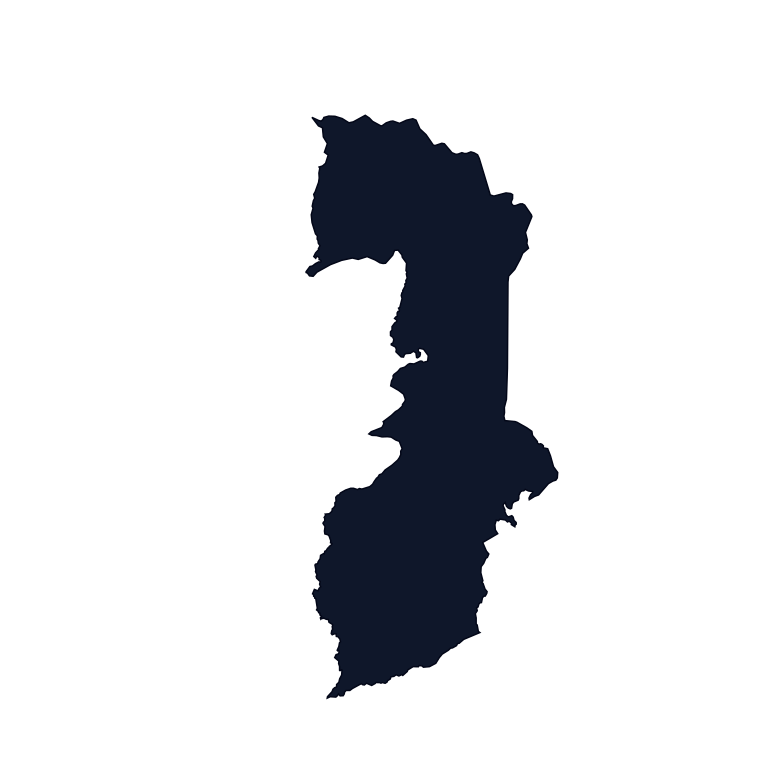 Motanasela, Berea, Lesotho, rotated 238°
{"feature_id": "5366337B76858512274815", "entity_name": "Motanasela", "entity_type": "district", "adm_level": 2, "iso_a3": "LSO", "parent_name": "Lesotho", "parent_adm1": "Berea", "projection": "mercator", "projection_center": [27.805, -29.252], "detail": "fine", "context": "isolated", "style": "filled", "palette": "ink", "viewbox_px": 768, "rotation_deg": 238, "n_neighbors": 0, "source": "geoboundaries", "source_scale": "gbopen_adm2", "svg_char_len": 6171}
<svg xmlns="http://www.w3.org/2000/svg" viewBox="0 0 768 768"><g transform="rotate(238 384 384)"><path d="M466.6,588.2L469.3,587.7L471.1,588.5L473.0,591.2L476.4,593.4L478.4,592.4L481.4,588.7L485.1,576.8L488.0,574.3L524.7,584.3L528.8,584.8L532.3,582.9L534.8,580.7L535.6,576.5L536.7,574.5L538.9,572.6L539.7,568.7L540.7,566.7L544.1,564.2L555.7,562.5L557.5,560.6L559.1,553.9L560.3,552.4L573.1,551.8L581.4,549.6L590.8,551.0L593.7,549.0L595.8,542.9L596.8,535.3L602.3,530.9L603.3,528.7L604.3,524.3L604.0,519.2L604.6,518.1L612.7,513.5L617.4,512.5L621.8,510.5L622.6,496.8L624.1,492.7L631.3,489.2L637.0,484.3L640.5,479.1L641.9,474.3L640.7,472.5L640.2,470.1L642.0,468.3L648.3,464.2L637.6,465.2L633.9,467.6L625.7,463.5L617.9,463.4L612.1,456.3L607.7,458.0L602.1,451.4L601.5,447.3L602.4,443.9L600.9,443.8L597.4,440.6L593.0,438.2L589.7,435.4L583.4,427.4L582.1,424.9L578.3,423.7L576.9,421.3L572.8,417.3L570.7,417.0L566.1,412.0L559.0,408.5L547.6,405.5L545.0,406.0L542.3,404.1L540.7,404.1L538.2,402.9L535.2,403.0L533.5,400.1L532.7,400.1L531.4,395.4L529.3,392.0L526.8,392.7L528.1,394.7L526.2,395.8L525.3,395.9L523.9,394.9L522.5,395.9L521.5,395.8L521.0,394.9L522.1,393.4L522.4,389.7L522.0,385.8L522.9,383.4L520.5,377.4L519.8,377.0L518.6,377.9L515.2,378.1L512.9,381.0L514.4,386.4L513.6,401.9L511.3,413.7L507.6,423.9L503.3,428.2L501.0,437.2L493.9,442.2L488.9,444.8L486.7,447.1L485.6,449.3L488.6,459.6L491.7,463.7L490.1,466.9L484.0,467.6L481.8,466.7L474.6,467.2L468.4,462.7L466.5,462.8L465.6,461.3L461.5,459.8L460.2,457.4L458.0,456.3L457.7,454.6L455.9,453.9L453.4,449.5L452.2,448.8L451.8,447.5L449.9,445.5L446.9,444.6L440.6,438.0L440.6,436.5L438.7,436.3L437.6,435.5L438.1,434.3L437.3,432.8L434.4,431.1L434.6,429.5L434.0,427.7L431.2,428.7L430.2,427.9L430.1,425.5L428.4,421.2L425.6,419.5L424.8,417.1L421.6,415.2L418.9,416.3L416.4,415.8L414.1,413.4L414.2,411.5L413.4,410.9L409.3,413.3L406.9,412.9L405.0,411.2L397.9,412.9L396.5,414.8L398.0,416.8L398.3,418.4L396.1,422.7L396.2,426.3L393.6,427.6L389.2,425.7L388.4,426.4L388.6,429.0L389.7,430.4L391.3,431.4L392.8,430.5L394.1,430.7L395.5,432.0L395.5,433.0L392.5,436.0L384.6,436.6L380.2,433.1L381.5,428.7L383.3,428.2L384.2,426.9L385.1,420.1L387.6,416.8L387.9,415.1L387.3,410.5L388.5,406.1L387.3,402.3L386.8,397.5L386.1,396.0L384.2,395.0L382.5,392.0L378.9,388.7L370.9,393.0L365.0,395.2L359.7,394.0L358.3,392.6L356.9,388.9L355.5,387.9L354.4,382.5L354.5,379.1L353.4,373.4L352.5,363.3L351.3,363.3L349.9,362.2L348.2,359.1L350.3,347.9L349.7,344.7L346.8,346.6L344.3,350.3L340.2,354.3L337.5,359.0L335.2,361.9L330.1,364.4L327.3,366.6L319.5,365.1L318.2,362.6L315.3,360.9L313.5,358.2L312.2,355.3L310.9,347.6L310.5,339.4L308.9,334.6L309.5,332.0L308.1,329.2L308.1,327.8L306.4,323.8L305.0,321.2L304.5,317.5L306.6,309.6L308.4,307.7L308.5,305.6L311.7,302.9L313.2,300.5L314.4,295.3L314.7,289.2L313.8,287.7L314.2,285.5L313.5,283.1L309.8,281.1L309.3,279.4L306.7,278.0L305.6,275.4L305.7,274.2L303.6,272.3L303.0,268.8L304.8,265.2L303.8,265.1L302.5,262.5L301.4,262.5L299.2,261.1L298.8,259.2L298.1,258.4L294.4,258.5L290.9,255.6L288.2,254.4L285.9,256.5L284.3,256.9L279.2,255.8L277.7,254.5L276.3,255.3L275.5,254.5L275.2,251.3L274.3,250.3L274.7,249.4L273.3,246.5L273.5,245.2L271.7,243.3L272.2,242.7L272.3,239.4L269.7,237.3L268.2,234.0L266.8,232.5L267.5,230.4L267.0,229.5L262.4,227.7L261.2,226.5L257.3,226.0L256.9,224.6L255.0,224.0L250.2,225.2L248.4,223.3L245.5,222.8L245.1,220.7L243.6,218.4L246.7,216.1L243.9,212.2L242.8,212.7L241.3,211.9L240.2,212.4L239.1,211.8L238.1,212.4L229.1,208.6L228.2,207.1L226.0,207.8L224.7,207.4L223.8,208.2L222.0,207.3L220.0,208.0L219.4,206.1L218.0,205.8L218.3,207.2L217.5,207.8L217.5,208.8L215.1,210.3L213.8,212.0L211.0,211.1L207.7,212.8L206.7,212.8L205.8,211.6L203.2,210.4L202.5,209.0L200.3,207.0L198.8,207.2L198.4,209.6L197.5,211.0L195.2,209.8L194.0,211.1L190.9,211.4L188.4,210.5L188.1,209.1L185.3,206.6L183.0,203.2L182.2,203.3L181.9,204.3L180.3,203.9L179.3,202.1L179.9,200.0L178.1,197.2L172.9,198.9L171.0,197.4L168.1,196.7L164.7,194.6L164.2,194.8L164.1,196.6L163.6,196.8L159.6,193.8L157.5,190.2L154.9,187.6L154.3,184.6L152.2,183.2L152.6,181.2L152.2,179.0L150.6,176.9L148.8,170.4L147.7,169.4L147.3,172.7L144.0,177.3L144.4,179.5L145.3,181.2L142.8,181.5L141.3,184.2L142.2,186.0L143.6,187.3L144.2,189.4L142.2,192.7L142.5,195.9L141.9,206.0L140.5,206.4L139.2,207.8L139.5,210.6L134.9,213.8L134.7,217.8L135.1,219.0L132.9,222.3L131.9,222.9L131.8,224.3L129.6,226.4L129.6,228.6L130.5,229.9L130.5,233.0L132.0,234.7L130.8,237.5L131.0,240.2L128.5,241.9L128.2,244.9L126.9,245.5L127.9,251.4L128.9,252.6L128.9,258.9L126.0,263.3L126.6,264.8L124.6,267.0L123.0,267.3L120.2,272.8L119.7,279.9L122.7,286.0L124.1,290.3L124.1,297.5L124.7,300.4L123.9,302.3L123.7,306.8L124.9,308.8L124.3,310.4L125.2,316.3L122.4,333.6L124.2,332.9L130.2,335.3L131.7,335.0L136.8,338.2L140.9,339.8L142.3,342.9L145.1,343.9L145.1,345.6L147.1,347.8L147.6,349.4L147.0,350.8L150.7,354.4L151.1,356.4L150.5,357.5L152.0,360.2L153.3,361.4L156.6,361.0L162.4,362.3L163.7,361.8L164.8,363.6L172.7,366.1L177.6,369.6L179.1,373.5L182.2,378.0L182.2,379.8L184.3,382.8L188.1,382.3L197.3,383.7L196.8,401.1L201.3,401.1L205.9,403.5L209.0,407.0L207.4,408.6L207.9,410.8L204.3,414.9L201.6,415.6L201.3,417.5L198.3,418.4L197.3,417.5L193.6,419.3L194.9,420.5L195.1,421.9L196.6,422.7L199.4,422.0L202.7,423.0L204.6,422.6L205.3,419.1L207.7,418.2L211.9,418.9L213.2,419.9L217.8,420.5L218.8,421.8L219.4,424.0L215.3,423.1L213.1,423.6L211.2,424.9L211.0,426.3L214.4,429.3L215.2,431.5L214.4,436.2L215.4,437.6L218.0,439.2L220.2,442.6L220.2,444.3L219.4,446.0L219.8,447.9L216.8,449.8L214.0,453.1L213.0,452.3L212.5,449.8L210.4,446.5L208.9,445.9L208.9,452.1L208.0,456.3L212.4,470.7L212.2,475.8L211.4,478.8L212.5,481.2L216.9,484.4L224.0,483.9L234.9,487.1L242.4,488.5L245.5,485.2L247.1,486.4L249.0,486.0L250.3,485.2L251.0,483.4L252.8,482.9L254.0,483.6L261.7,482.7L265.5,484.3L271.2,481.9L281.1,476.5L282.7,475.2L288.9,467.1L293.2,468.6L295.8,471.0L300.4,473.7L306.1,479.7L331.9,497.0L404.8,543.2L409.5,546.9L411.9,555.6L417.9,566.0L421.4,570.9L422.6,578.5L427.3,579.5L430.3,581.9L437.6,584.3L447.6,598.1L449.3,598.6L461.2,598.1L463.4,596.9L464.6,594.9L465.5,590.4L466.6,588.2Z" fill="#0f172a" stroke="#020617" stroke-width="1.5"/></g></svg>